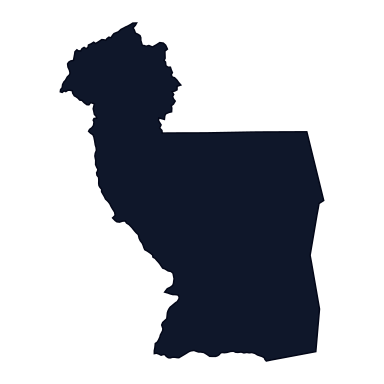 Lagoa do Mato, Maranhão, Brazil
{"feature_id": "56859067B38222691073156", "entity_name": "Lagoa do Mato", "entity_type": "district", "adm_level": 2, "iso_a3": "BRA", "parent_name": "Brazil", "parent_adm1": "Maranhão", "projection": "albers", "projection_center": [-43.587, -6.007], "detail": "fine", "context": "isolated", "style": "filled", "palette": "ink", "viewbox_px": 384, "rotation_deg": 0, "n_neighbors": 0, "source": "geoboundaries", "source_scale": "gbopen_adm2", "svg_char_len": 3584}
<svg xmlns="http://www.w3.org/2000/svg" viewBox="0 0 384 384"><path d="M88.6,131.3L90.6,133.2L92.9,134.7L93.9,137.0L94.7,141.0L95.3,144.9L96.1,147.5L96.4,150.4L95.3,153.2L94.9,156.0L95.2,157.8L95.7,160.2L95.6,164.6L96.9,167.6L97.9,169.2L97.5,171.1L96.6,172.8L97.0,175.3L98.6,177.3L98.8,180.1L98.7,183.3L99.0,185.6L100.1,187.5L101.6,189.1L101.6,191.8L103.1,194.4L104.5,196.8L105.5,199.0L106.9,200.3L108.2,201.6L109.8,203.7L111.2,206.6L112.5,208.8L114.6,212.1L115.2,215.4L112.6,217.9L115.1,220.5L116.9,221.8L119.6,222.1L122.6,221.1L125.3,221.0L126.5,223.0L129.2,224.7L131.7,227.3L134.6,230.9L136.4,232.9L138.3,234.6L139.2,238.4L140.3,240.7L142.3,243.3L143.1,245.2L144.0,247.9L144.8,249.7L147.4,251.1L150.6,253.3L152.6,255.0L153.0,257.2L155.1,258.3L156.6,260.1L158.5,262.2L159.8,263.8L161.2,265.9L162.7,268.1L165.0,268.9L168.1,270.9L171.1,271.5L173.0,273.2L174.1,278.7L173.7,281.5L173.5,283.3L172.7,285.4L170.4,287.2L167.3,288.7L164.7,292.1L167.9,293.0L170.3,293.9L173.0,294.6L175.1,294.6L177.8,294.9L179.2,296.8L178.9,299.0L177.2,301.7L175.6,302.7L170.2,307.2L169.0,308.9L168.0,310.9L167.4,312.8L166.8,318.8L165.4,320.0L162.7,322.5L161.7,325.0L162.9,328.6L162.6,330.8L160.4,335.0L159.9,337.1L158.4,340.3L157.1,342.3L155.3,343.5L155.1,345.7L154.9,347.6L154.3,350.7L154.3,353.6L156.6,353.2L159.0,354.1L161.1,355.2L163.3,354.5L165.2,354.8L166.2,356.3L168.3,357.7L170.1,357.9L172.7,357.2L175.2,357.3L177.0,357.6L178.9,357.7L183.1,355.2L185.3,353.9L188.8,351.7L190.7,350.9L194.0,350.4L196.4,351.3L198.6,352.0L200.9,352.0L203.9,352.5L207.0,354.4L209.7,356.3L213.0,356.4L215.6,356.4L217.6,355.7L219.3,354.5L220.5,352.9L222.3,352.5L224.3,352.7L227.0,352.4L230.6,351.4L233.5,351.2L235.6,352.2L237.8,352.4L241.2,352.0L243.9,352.9L246.8,352.4L249.2,352.8L251.9,352.5L255.0,353.4L257.4,354.9L259.7,355.7L261.9,356.4L264.2,357.6L265.0,359.5L266.3,361.0L271.5,359.9L315.8,351.6L318.1,324.8L318.4,321.6L319.5,309.0L311.5,262.9L310.1,255.3L317.0,214.7L318.2,208.3L319.0,203.5L323.7,200.5L309.1,141.1L306.8,131.8L258.7,132.0L250.7,132.1L205.8,132.9L170.4,133.0L162.2,133.1L161.9,130.4L159.6,128.0L161.1,124.9L159.4,122.2L158.5,120.6L158.8,117.9L164.4,119.4L164.8,115.6L165.9,113.7L169.0,112.4L171.6,111.8L171.8,108.1L171.3,105.7L173.4,104.1L175.2,101.1L173.7,99.3L172.5,96.6L173.7,94.5L172.0,91.7L174.8,91.0L177.0,89.8L177.1,86.3L180.8,85.0L178.6,82.5L176.9,80.1L174.5,77.7L172.3,77.1L171.2,74.8L172.4,72.6L171.3,70.1L170.4,67.2L167.9,67.2L165.9,65.7L165.5,62.0L164.0,60.5L165.1,58.3L164.9,51.1L167.4,49.1L166.6,47.3L165.6,45.2L163.3,43.1L159.8,42.6L156.4,44.8L152.4,47.0L148.9,45.5L146.1,46.3L144.3,45.6L142.3,45.4L140.8,40.4L140.8,37.7L140.0,35.6L137.8,34.2L135.4,33.1L134.2,29.8L133.0,27.9L135.4,25.2L136.6,23.0L132.8,23.1L130.8,24.4L129.0,25.4L127.3,26.3L125.6,27.0L124.0,27.9L121.0,29.4L118.4,31.8L116.2,32.7L114.0,33.6L112.4,35.5L111.2,37.7L108.8,37.2L107.0,38.6L105.7,40.3L103.9,39.8L101.7,39.6L99.7,41.0L98.0,42.1L95.6,43.5L93.7,42.2L91.2,43.8L88.5,45.0L88.0,47.4L86.1,48.7L84.1,47.4L82.1,48.6L80.7,50.9L78.4,50.9L76.9,49.8L75.0,51.7L74.6,54.4L74.1,57.1L73.5,60.4L70.6,61.0L68.7,62.2L67.6,63.9L68.0,67.1L69.4,70.1L70.1,73.2L69.2,75.2L67.4,76.8L65.4,80.4L64.0,81.8L62.6,84.5L62.2,87.7L60.6,89.6L60.3,91.8L62.2,92.4L64.0,90.9L65.8,91.6L67.8,90.3L69.6,90.2L72.3,90.7L72.7,93.1L74.3,95.8L76.2,96.8L78.2,98.3L79.6,100.0L82.0,100.4L84.2,102.7L86.9,104.7L88.9,104.8L90.6,102.6L92.7,103.2L94.4,103.9L93.8,106.2L93.2,108.8L93.8,111.3L94.4,114.4L96.1,116.2L96.7,118.2L94.0,118.5L93.2,120.2L94.0,121.9L93.5,125.5L91.8,127.8L89.6,129.4L88.6,131.3Z" fill="#0f172a" stroke="#020617" stroke-width="1.5"/></svg>